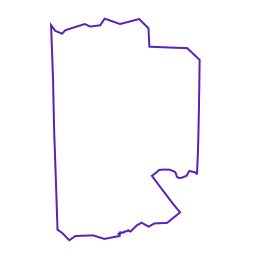 outline of York, South Carolina, United States of America, rotated 88°
{"feature_id": "52423323B59570542533624", "entity_name": "York", "entity_type": "district", "adm_level": 2, "iso_a3": "USA", "parent_name": "United States of America", "parent_adm1": "South Carolina", "projection": "albers", "projection_center": [-81.025, 34.993], "detail": "fine", "context": "isolated", "style": "outline", "palette": "violet", "viewbox_px": 256, "rotation_deg": 88, "n_neighbors": 0, "source": "geoboundaries", "source_scale": "gbopen_adm2", "svg_char_len": 1540}
<svg xmlns="http://www.w3.org/2000/svg" viewBox="0 0 256 256"><g transform="rotate(88 128 128)"><path d="M22.5,201.3L74.4,201.2L128.4,201.9L179.6,201.9L227.2,202.0L230.5,197.5L238.1,190.6L234.1,184.3L234.1,166.7L238.0,155.4L235.6,140.0L235.5,139.9L235.2,139.9L235.0,140.0L234.7,140.3L234.4,140.5L234.1,140.7L233.9,140.8L233.5,141.1L233.2,140.1L233.3,139.8L233.2,139.6L233.0,139.4L232.8,139.3L232.7,139.4L232.6,139.7L232.6,140.0L232.4,140.0L232.0,139.7L231.9,139.5L232.0,139.0L232.0,138.6L232.3,138.2L232.4,137.9L232.6,137.7L232.4,137.2L232.2,136.6L232.1,136.4L232.2,136.1L231.9,135.9L232.1,135.7L231.9,135.4L231.6,135.2L231.4,135.0L231.4,134.7L231.4,134.3L231.4,134.1L231.2,133.7L231.2,133.2L231.0,132.7L230.9,132.6L230.7,132.2L230.8,131.7L230.5,131.6L230.3,131.5L230.2,131.4L231.6,129.2L225.6,122.5L223.1,117.8L227.3,110.8L224.3,104.9L224.2,92.2L214.1,78.9L206.0,85.2L196.8,91.7L195.0,92.9L192.4,94.8L183.0,101.4L176.6,105.8L173.6,101.3L171.7,99.2L171.0,98.2L170.8,93.6L171.1,88.0L172.9,83.7L173.6,82.6L174.9,81.8L177.1,81.2L178.1,81.0L178.9,80.3L179.7,78.6L179.8,77.8L179.6,76.2L178.3,72.4L177.5,70.8L173.5,68.7L173.3,68.5L173.2,67.8L174.4,63.3L174.7,62.7L175.6,61.5L176.0,61.3L176.2,60.9L175.9,60.6L164.1,59.7L152.8,58.8L152.3,58.8L142.7,58.2L107.2,56.2L106.3,56.2L98.1,55.8L96.6,55.7L89.1,55.3L76.0,54.7L62.5,54.0L50.2,66.1L49.4,78.7L47.5,103.8L29.0,104.1L19.5,113.1L23.8,132.3L17.9,147.5L24.4,152.2L25.3,162.3L22.6,167.6L28.0,187.0L31.4,190.7L30.0,193.7L28.4,197.3L22.5,201.3Z" fill="none" stroke="#5b21b6" stroke-width="2"/></g></svg>